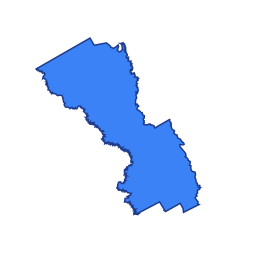 San Justo, Santa Fe, Argentina, rotated 320°
{"feature_id": "61730980B61800814165729", "entity_name": "San Justo", "entity_type": "district", "adm_level": 2, "iso_a3": "ARG", "parent_name": "Argentina", "parent_adm1": "Santa Fe", "projection": "albers", "projection_center": [-60.381, -30.562], "detail": "fine", "context": "isolated", "style": "filled", "palette": "blue", "viewbox_px": 256, "rotation_deg": 320, "n_neighbors": 0, "source": "geoboundaries", "source_scale": "gbopen_adm2", "svg_char_len": 5851}
<svg xmlns="http://www.w3.org/2000/svg" viewBox="0 0 256 256"><g transform="rotate(320 128 128)"><path d="M83.0,200.2L104.7,204.9L103.3,214.4L102.7,214.3L103.0,216.1L119.6,219.3L118.4,225.2L116.3,228.3L133.3,232.3L132.6,230.8L134.2,229.6L134.4,224.9L135.3,224.2L137.2,224.4L137.3,222.8L139.5,222.5L140.2,221.1L141.3,220.5L143.7,220.9L144.5,220.3L144.0,219.1L144.8,219.5L144.6,219.2L145.5,218.9L146.0,218.1L144.3,216.6L145.5,214.9L145.6,212.8L147.0,210.8L147.6,208.7L149.7,207.2L151.0,204.9L149.4,202.7L149.3,200.8L150.7,198.5L152.0,197.3L151.2,195.9L153.8,194.3L154.0,193.4L153.3,191.6L154.0,190.1L153.9,188.3L153.3,186.7L154.4,186.7L155.8,184.4L155.9,175.4L157.0,174.1L159.5,176.4L160.6,176.5L161.0,175.2L160.5,172.6L161.0,170.3L159.6,167.7L161.0,165.0L160.0,163.2L159.9,161.2L161.8,160.1L161.0,156.8L162.5,154.0L162.1,153.5L163.7,152.9L163.8,151.7L164.4,151.4L164.2,149.8L165.0,148.6L165.9,148.3L148.5,145.2L149.3,142.9L148.0,140.7L147.2,140.2L147.6,139.3L146.1,138.2L144.6,138.0L142.4,135.6L142.6,134.7L143.9,134.4L143.7,133.7L145.0,133.1L144.8,132.1L145.7,130.6L146.8,130.8L148.4,129.1L147.7,127.9L148.6,125.4L148.1,125.1L147.9,122.2L146.8,119.7L147.3,118.9L148.9,118.0L150.2,118.2L150.5,117.5L150.0,116.6L150.3,115.4L148.6,115.5L149.4,114.0L152.3,111.1L154.0,110.5L155.4,107.6L157.4,107.3L156.7,106.5L157.1,105.5L158.8,106.5L160.0,105.8L161.1,103.5L161.8,103.8L161.0,102.8L161.5,102.5L161.4,100.7L162.0,100.3L162.5,100.8L163.1,99.7L163.6,99.8L163.4,99.1L164.2,97.9L165.9,97.9L166.4,96.7L166.7,97.2L166.9,96.7L167.9,96.9L167.9,95.0L165.7,93.3L167.3,92.2L168.4,89.1L167.7,90.0L165.8,89.2L165.3,88.6L166.9,87.7L165.7,87.8L165.5,87.2L166.6,85.3L167.9,85.6L167.7,86.3L168.6,86.3L169.1,85.9L168.5,85.0L169.8,85.3L170.4,84.6L171.0,83.2L170.3,82.4L170.4,81.7L171.5,81.6L171.1,81.0L171.4,80.4L172.3,80.9L172.3,79.0L173.2,78.7L171.2,76.8L173.4,74.8L173.0,74.2L172.5,74.7L172.4,74.1L173.0,73.9L172.2,73.7L172.2,73.1L172.8,71.9L173.4,72.2L174.5,71.5L175.2,68.9L174.6,67.8L175.6,67.6L175.3,66.6L175.8,67.0L175.7,66.4L176.1,66.7L175.9,66.3L177.1,66.1L177.0,64.7L177.7,64.6L177.4,64.3L178.4,63.5L177.9,63.1L179.0,61.9L178.6,61.3L179.0,61.1L178.3,60.6L179.0,59.5L177.9,59.1L177.8,59.7L176.5,58.5L177.0,60.1L174.1,64.3L171.2,64.6L170.2,64.0L169.8,61.5L173.2,59.5L173.7,58.0L171.1,58.2L168.0,57.6L166.9,55.3L167.1,53.1L166.1,48.9L155.3,42.9L156.7,34.7L95.6,23.7L95.4,24.8L96.4,25.3L96.0,26.3L96.8,26.4L96.7,28.0L97.5,28.2L97.5,28.7L98.1,28.5L98.8,29.4L97.9,30.0L97.8,31.3L99.4,32.0L98.7,33.7L96.4,33.9L94.7,35.2L95.8,35.1L95.5,36.4L96.1,37.6L95.9,39.6L95.4,40.4L94.9,40.1L95.3,41.4L94.5,42.7L94.0,42.6L94.3,42.0L93.9,41.4L93.1,41.8L93.5,44.1L92.8,44.7L93.4,45.5L91.3,47.4L92.1,48.0L91.9,48.8L92.3,49.6L91.3,50.9L92.0,51.9L91.7,52.7L93.1,52.3L92.8,53.3L94.5,55.4L94.8,57.8L97.7,59.8L98.3,61.1L95.2,67.2L95.8,68.5L94.0,69.2L93.6,71.8L95.4,73.5L96.1,75.0L96.0,75.9L98.3,76.1L98.0,77.4L98.7,77.8L98.9,78.8L100.6,78.6L100.3,79.6L101.2,80.4L103.5,79.4L104.5,79.6L105.7,80.8L105.8,81.5L104.9,81.7L105.6,83.7L106.7,84.3L105.9,85.2L106.8,86.1L104.6,86.7L105.1,90.2L105.8,90.6L104.8,91.0L105.5,92.9L104.8,93.2L104.0,92.4L102.9,93.4L102.4,92.9L102.6,94.0L101.4,94.5L101.4,95.9L102.9,95.9L101.9,97.0L101.8,97.7L102.4,97.8L101.2,97.8L101.0,98.8L101.5,99.3L102.9,99.0L101.3,100.5L102.1,101.4L102.5,100.4L103.2,100.3L105.2,101.8L103.3,102.1L103.4,103.2L104.8,103.3L104.4,104.1L105.0,104.9L103.6,105.9L106.0,106.5L105.5,107.2L104.3,106.9L104.7,108.0L105.7,108.3L105.3,110.2L106.1,110.5L105.0,111.6L106.2,114.0L107.2,114.1L107.2,114.8L105.4,114.1L105.6,115.0L104.9,115.5L104.7,116.7L105.9,118.2L104.7,118.1L104.8,119.8L103.4,118.5L102.3,119.3L102.2,120.3L100.7,119.6L100.7,120.8L102.1,121.2L102.0,122.0L100.7,122.5L101.3,124.1L100.1,125.1L101.6,125.3L101.5,125.9L102.1,125.7L102.4,126.6L102.6,125.6L104.1,126.2L103.4,126.8L104.2,127.2L104.0,128.1L105.1,128.6L103.6,128.8L103.6,129.5L105.0,129.5L105.1,130.7L106.0,130.0L105.7,131.3L107.1,130.9L107.1,131.6L106.1,131.9L107.6,132.3L106.9,133.2L108.5,133.2L108.7,134.7L109.3,134.3L109.1,133.5L109.9,133.2L109.8,134.7L110.4,135.1L110.4,135.7L110.0,136.1L109.2,135.7L109.4,136.8L108.7,137.1L110.1,137.6L109.2,139.4L111.3,139.6L109.4,140.5L109.9,142.3L110.7,141.7L111.2,142.6L112.2,142.2L112.1,143.4L110.7,143.3L110.5,143.9L111.9,144.0L112.0,144.9L113.0,144.3L113.0,145.6L113.4,144.8L113.8,145.2L112.6,145.9L113.6,146.5L112.5,146.7L113.1,147.8L112.3,148.2L113.5,148.6L112.3,149.3L112.6,150.1L111.7,150.1L111.4,150.7L111.6,151.7L112.8,152.3L111.9,153.1L111.7,152.5L110.9,152.7L111.0,153.8L108.9,155.2L109.7,156.1L108.6,156.4L109.9,157.1L109.4,157.7L107.3,158.6L107.0,158.1L106.2,158.9L105.9,157.7L104.6,157.7L105.0,156.8L104.0,157.9L102.6,157.3L102.1,157.9L101.7,157.3L101.3,157.5L101.8,158.6L100.5,158.6L100.4,159.5L99.9,158.9L100.3,158.5L100.2,157.8L98.6,157.8L98.6,158.7L97.5,158.6L96.3,160.7L95.3,161.2L97.3,161.8L95.6,162.5L96.3,164.0L95.0,163.1L94.4,164.2L94.6,165.0L93.2,165.5L92.6,165.1L91.9,165.8L92.5,166.6L91.6,166.4L90.5,167.5L89.7,166.6L88.9,167.6L87.3,166.2L87.7,165.1L87.4,164.1L85.8,163.5L83.1,165.3L82.3,166.5L81.4,166.5L81.5,167.2L81.0,167.1L80.9,168.5L81.5,168.4L81.8,169.1L80.4,170.1L81.8,169.5L82.0,170.6L82.9,171.2L82.7,172.1L84.5,171.8L83.6,173.3L84.7,173.1L84.8,173.9L85.5,174.3L84.4,174.8L84.9,175.2L85.8,174.7L86.3,175.3L86.1,177.2L87.5,178.8L87.4,179.8L88.4,180.2L86.8,181.1L84.7,180.2L84.3,181.2L83.5,180.4L83.7,181.7L83.3,181.8L80.5,180.1L77.8,182.5L79.1,183.2L79.7,185.2L82.2,185.3L81.9,186.9L81.0,186.8L81.5,187.5L80.2,187.9L80.9,188.8L80.4,190.0L81.0,190.1L80.3,190.6L81.6,191.0L80.2,191.8L80.1,192.9L80.7,192.4L81.0,193.7L80.5,194.4L81.6,195.1L79.9,195.1L80.7,195.6L80.6,196.7L79.3,195.8L79.0,196.7L79.8,197.1L79.2,198.0L77.9,196.8L77.0,198.0L77.9,198.2L79.4,200.0L79.5,199.3L80.3,199.3L80.5,200.5L81.2,200.3L81.2,199.8L82.1,200.8L83.0,200.2Z" fill="#3b82f6" stroke="#1e3a8a" stroke-width="1.5"/></g></svg>